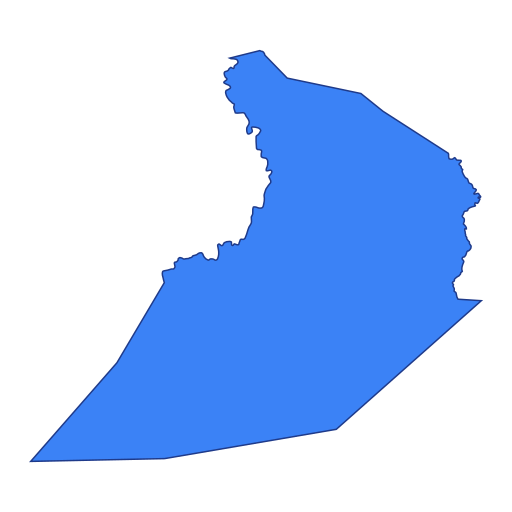 outline of Macaracas, Los Santos, Panama
{"feature_id": "35544464B79147268573624", "entity_name": "Macaracas", "entity_type": "district", "adm_level": 2, "iso_a3": "PAN", "parent_name": "Panama", "parent_adm1": "Los Santos", "projection": "albers", "projection_center": [-80.516, 7.678], "detail": "fine", "context": "isolated", "style": "filled", "palette": "blue", "viewbox_px": 512, "rotation_deg": 0, "n_neighbors": 0, "source": "geoboundaries", "source_scale": "gbopen_adm2", "svg_char_len": 6039}
<svg xmlns="http://www.w3.org/2000/svg" viewBox="0 0 512 512"><path d="M30.7,461.4L164.6,458.6L336.3,429.3L481.3,300.7L458.0,299.2L456.9,297.0L456.2,293.6L456.0,292.8L455.6,292.3L454.5,291.5L454.1,291.1L454.3,289.1L454.2,288.5L454.0,288.0L453.2,286.5L453.0,286.0L453.1,285.5L453.5,284.9L453.5,284.7L453.3,284.3L452.6,283.5L452.4,283.0L452.5,282.5L453.0,281.8L453.8,281.4L454.2,281.0L454.4,280.3L454.4,279.5L454.9,278.7L456.7,277.2L458.1,276.3L458.8,276.0L460.4,274.2L460.6,273.7L460.7,272.9L460.9,272.5L462.0,271.7L462.3,271.3L462.3,271.1L462.0,270.5L461.8,269.0L462.0,266.9L462.7,264.5L463.6,262.3L463.8,261.7L463.7,261.2L463.5,260.7L462.2,259.1L462.1,258.6L462.3,258.0L462.5,257.6L463.0,257.2L463.6,257.0L464.3,256.9L464.7,256.6L465.3,255.7L465.8,255.1L466.9,251.8L467.2,251.4L467.6,251.0L468.3,251.0L469.6,250.0L470.6,248.7L470.9,248.0L471.1,246.5L471.0,245.8L469.7,244.0L469.4,243.4L469.4,242.3L469.3,241.9L468.4,241.0L466.8,238.8L466.7,237.3L465.6,235.8L465.6,234.4L465.2,233.2L465.2,232.1L464.7,230.2L464.7,229.5L464.9,228.8L465.5,228.8L466.1,229.0L466.4,228.9L466.4,228.7L466.3,227.7L466.2,227.4L465.5,226.2L464.4,224.9L463.8,224.4L463.5,224.1L463.5,223.4L464.3,221.2L464.3,219.2L463.9,218.3L462.7,217.2L462.5,216.9L462.3,216.4L462.3,215.7L463.3,214.1L464.1,211.9L464.6,211.3L466.4,211.0L467.4,210.7L467.8,210.1L468.0,209.4L468.2,208.9L469.1,208.2L469.9,207.7L471.9,206.9L475.2,206.0L475.4,205.7L475.3,205.4L474.9,205.0L474.7,204.6L475.1,202.9L475.5,202.8L477.2,203.3L477.7,203.1L478.1,202.7L478.7,201.8L479.3,200.4L479.9,199.3L479.7,198.5L478.5,198.2L478.1,197.9L478.1,197.7L478.3,197.2L478.5,197.0L479.7,197.3L480.3,197.3L480.5,197.2L480.7,196.8L480.4,196.2L479.2,194.8L478.9,194.0L478.2,193.4L477.4,193.4L476.2,193.8L474.5,194.1L474.2,194.1L474.0,193.9L473.9,193.4L475.7,191.2L476.2,190.2L476.2,189.6L475.4,188.9L473.8,188.5L473.2,188.1L472.9,187.5L472.3,185.3L471.9,184.7L471.5,184.2L470.9,183.8L469.4,183.2L468.9,182.8L468.6,182.1L467.6,179.2L466.9,178.5L465.7,177.9L464.9,177.0L464.4,176.3L463.1,173.9L462.2,171.7L462.2,170.8L462.7,169.7L462.6,169.4L461.6,168.7L461.3,168.1L461.2,166.9L460.3,165.7L459.2,164.7L459.0,164.2L459.2,163.7L460.8,162.1L461.1,161.6L461.2,161.3L461.1,160.6L460.8,160.4L460.4,160.3L457.6,160.2L456.8,160.0L456.4,159.7L455.3,158.1L454.7,157.7L454.2,157.9L452.9,158.9L452.2,159.2L450.7,159.2L449.2,158.8L449.0,158.5L448.8,157.6L448.6,156.3L448.6,154.4L448.3,153.3L382.9,111.2L360.9,93.5L287.2,78.1L265.0,55.3L264.8,55.0L264.6,54.1L264.3,53.4L263.5,52.2L263.0,51.8L262.3,51.4L261.0,51.2L259.8,50.6L229.7,58.1L231.0,58.7L233.4,58.8L236.2,59.3L237.0,59.8L237.5,60.5L237.9,61.4L238.0,62.3L237.8,62.8L237.4,63.5L236.5,64.3L234.9,65.5L234.2,66.3L234.0,67.9L233.7,68.3L233.3,68.5L232.9,68.4L232.4,68.2L231.2,67.5L230.9,67.4L230.6,67.5L229.4,68.5L228.9,69.1L228.4,70.1L227.7,70.7L227.2,71.0L225.0,71.7L224.5,72.2L224.3,72.6L224.2,73.1L224.2,73.8L224.6,75.5L225.4,77.2L226.8,78.5L226.9,79.1L226.8,79.6L226.5,80.0L224.3,81.6L223.9,82.2L223.9,82.7L224.2,83.0L226.1,84.1L228.6,85.1L229.2,85.5L230.2,86.4L230.5,87.4L230.3,88.1L229.6,88.7L227.3,90.0L226.4,90.3L226.0,90.7L225.7,91.7L225.6,92.4L225.8,93.5L226.3,95.3L227.2,97.2L229.3,100.2L231.7,102.3L232.3,103.0L234.3,104.1L234.3,104.9L233.8,106.7L233.8,107.6L234.0,108.7L235.3,112.8L235.8,113.0L237.6,113.1L243.0,112.7L244.1,113.0L244.6,113.4L245.1,114.1L245.5,114.8L245.9,115.8L248.1,119.0L249.0,121.0L249.2,122.4L248.9,124.1L248.0,125.7L247.5,126.4L246.8,127.9L246.7,129.5L246.8,131.2L247.2,132.8L247.7,133.7L248.0,133.9L248.4,134.0L249.5,133.8L250.9,133.0L251.7,132.4L252.1,131.9L252.3,131.4L252.3,130.7L251.5,127.8L251.7,127.4L252.0,127.1L252.8,127.0L255.4,127.2L258.2,127.9L259.0,128.3L260.0,129.1L260.4,129.6L260.7,130.3L260.6,131.0L259.2,133.5L258.0,134.8L256.5,135.8L256.1,136.6L256.1,139.7L256.1,141.8L256.2,143.2L256.5,148.3L257.0,149.1L257.6,149.5L258.0,149.6L259.3,149.6L260.0,149.8L261.0,150.1L261.4,150.5L261.6,150.9L261.6,151.9L261.2,153.9L261.2,155.5L261.2,156.4L261.5,156.9L262.0,157.2L262.7,157.6L266.0,158.3L266.9,159.2L267.5,160.2L267.7,161.1L267.8,164.2L267.2,166.6L266.6,168.0L266.2,169.3L266.2,170.2L266.3,170.6L266.8,170.8L267.5,170.8L270.5,170.1L271.2,170.5L271.6,170.9L271.8,171.3L271.7,172.4L271.3,173.3L270.9,174.0L269.3,175.7L269.0,176.3L269.2,177.6L269.7,178.5L270.7,180.7L270.8,181.8L270.7,182.5L270.3,183.1L268.4,185.4L266.0,189.0L265.5,190.3L264.4,193.8L264.1,195.2L264.2,196.7L264.4,198.6L264.3,199.9L264.3,200.9L263.8,203.6L263.2,206.3L263.0,206.7L262.5,207.4L262.0,207.8L261.1,208.1L259.0,208.1L256.1,207.1L255.5,207.0L254.0,206.9L253.6,207.0L253.3,207.2L253.0,208.2L252.8,209.3L252.8,210.8L252.7,214.0L252.3,215.0L251.3,217.0L251.5,221.5L251.4,222.5L251.2,223.3L250.1,225.3L249.0,227.0L248.0,229.7L246.6,234.3L245.1,238.1L244.6,238.7L243.7,239.3L243.0,239.4L241.4,239.2L240.9,239.3L240.4,239.6L239.1,243.0L238.9,244.0L238.5,244.6L238.0,244.8L237.2,244.8L234.5,243.9L234.1,244.0L233.2,245.2L232.7,245.5L232.3,245.4L231.8,245.1L231.6,244.7L231.4,242.1L231.1,241.8L230.8,241.7L229.9,241.4L226.7,241.7L224.7,242.5L224.0,243.0L222.9,245.0L222.5,245.4L222.1,245.6L221.6,245.6L221.1,245.5L220.4,244.9L219.3,244.1L218.7,244.1L217.9,244.7L217.7,245.1L217.7,245.8L218.5,250.1L218.7,251.7L218.7,254.3L218.3,256.7L217.5,258.9L217.3,259.3L216.7,259.8L216.3,260.0L215.3,260.2L213.5,259.2L212.2,258.9L210.6,258.9L210.0,259.1L208.7,260.1L208.3,260.1L207.5,259.8L205.8,258.8L204.4,257.3L203.7,256.3L202.8,254.1L201.7,252.8L200.7,252.8L200.0,252.8L198.4,253.4L196.7,254.7L194.5,255.4L193.2,255.7L192.6,256.1L192.2,256.8L191.7,257.2L191.0,257.6L189.9,257.8L188.4,258.5L185.9,258.7L184.5,259.0L183.8,259.0L183.3,258.9L182.2,258.2L181.7,258.0L180.1,257.6L179.4,257.7L178.3,258.6L178.2,259.0L178.0,260.3L177.0,261.5L176.5,261.9L174.8,262.2L174.4,262.7L174.3,263.1L174.9,266.1L175.0,266.9L174.6,267.8L173.7,268.9L173.3,269.0L172.1,269.0L171.4,269.0L167.8,270.1L164.2,270.8L163.2,271.1L162.8,271.4L162.6,271.8L162.3,273.2L162.4,275.1L163.3,278.7L163.4,279.3L164.3,282.7L116.9,362.8L30.7,461.4Z" fill="#3b82f6" stroke="#1e3a8a" stroke-width="1.5"/></svg>